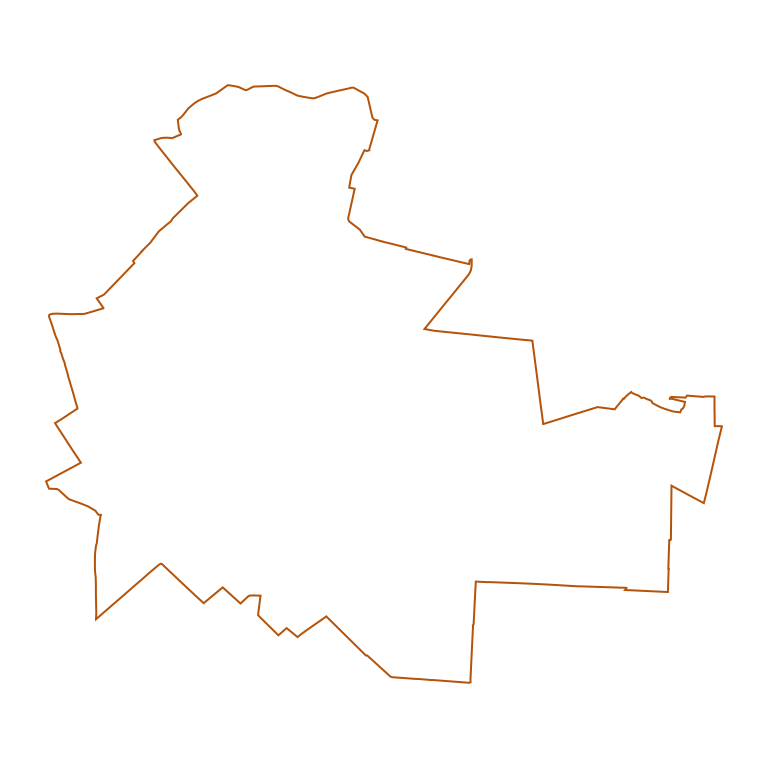 outline of Ciocarlia, Constanta, Romania
{"feature_id": "2599482B33175651559383", "entity_name": "Ciocarlia", "entity_type": "district", "adm_level": 2, "iso_a3": "ROU", "parent_name": "Romania", "parent_adm1": "Constanta", "projection": "robinson", "projection_center": [28.275, 44.143], "detail": "fine", "context": "isolated", "style": "outline", "palette": "amber", "viewbox_px": 768, "rotation_deg": 0, "n_neighbors": 0, "source": "geoboundaries", "source_scale": "gbopen_adm2", "svg_char_len": 5742}
<svg xmlns="http://www.w3.org/2000/svg" viewBox="0 0 768 768"><path d="M577.6,586.3L582.7,586.4L625.4,587.8L626.4,587.9L626.1,588.8L625.6,589.6L625.2,590.0L667.4,592.0L667.9,592.0L668.6,570.3L668.8,569.1L668.6,569.0L668.6,568.8L668.3,568.8L668.4,566.9L669.0,548.0L669.2,541.8L669.2,540.1L670.3,540.1L670.3,539.9L670.5,539.9L670.9,539.5L671.5,485.9L671.5,485.7L689.9,495.7L703.8,503.1L706.1,494.2L710.5,475.4L718.7,439.4L719.0,438.2L721.9,426.5L721.8,426.2L720.1,426.2L718.1,426.1L714.7,426.1L714.6,413.9L714.5,409.5L714.5,396.5L707.9,396.4L704.9,396.5L703.5,396.9L689.3,395.8L687.2,395.5L685.6,397.6L685.1,397.6L684.9,397.6L683.9,397.5L680.4,397.3L674.5,397.1L671.7,396.9L671.1,397.0L670.2,397.7L669.9,398.3L669.8,398.7L669.8,398.9L671.5,398.7L682.7,401.4L685.0,401.9L684.3,405.8L683.6,407.3L682.6,408.8L681.8,409.2L681.4,409.4L680.2,412.3L673.1,411.5L665.2,409.0L660.6,407.3L657.1,405.6L652.5,403.1L652.1,402.3L651.8,401.6L651.3,401.0L650.6,400.4L649.0,399.8L647.4,399.3L645.6,398.5L644.4,397.8L643.5,397.6L642.5,397.8L641.7,398.0L641.3,397.9L639.8,396.5L638.9,395.9L638.2,395.4L636.9,395.0L635.1,394.3L634.2,393.8L632.2,393.1L631.3,392.0L630.7,392.4L630.1,392.9L629.8,393.1L629.5,393.3L629.2,393.6L628.9,393.8L628.6,394.1L628.3,394.3L627.7,394.9L627.4,395.1L627.1,395.3L626.8,395.6L626.5,395.9L626.3,396.2L626.0,396.5L625.7,396.7L625.4,397.0L624.9,397.6L624.4,398.2L624.3,398.3L624.2,398.5L623.9,398.8L623.7,398.9L623.2,398.6L622.4,399.8L621.1,401.4L619.5,403.3L618.0,405.1L616.9,406.5L614.7,409.3L597.5,407.1L595.3,407.8L585.0,411.0L569.5,415.8L557.3,419.7L543.8,423.9L543.2,424.0L541.5,410.8L541.4,410.7L539.3,394.2L537.2,377.9L535.1,361.7L532.9,345.0L532.4,340.7L532.0,340.6L519.0,339.4L496.8,337.2L462.1,333.6L434.3,330.8L424.5,329.0L445.8,302.7L452.3,294.8L468.5,274.8L470.1,272.1L470.9,270.1L471.3,268.0L471.6,266.2L471.7,263.9L471.7,261.3L471.7,260.9L471.7,259.4L470.6,259.5L469.4,261.1L469.4,263.7L469.2,264.1L439.9,257.2L405.8,248.9L406.2,247.5L386.2,242.5L385.5,242.4L364.6,236.6L359.8,229.6L349.0,221.3L348.1,218.6L354.7,188.8L349.2,187.6L351.3,175.6L351.9,174.2L358.4,162.9L362.6,154.0L362.8,153.6L363.2,152.8L363.3,152.6L364.4,150.2L364.8,150.3L365.9,150.7L366.6,151.0L367.1,150.9L367.8,150.7L368.4,150.5L369.3,150.3L369.2,149.9L369.2,149.5L373.7,133.8L374.2,132.1L374.4,131.5L377.6,120.4L376.4,120.2L375.4,120.0L374.6,119.8L373.4,118.8L372.7,118.0L372.4,117.3L372.1,116.0L370.8,110.7L368.8,101.8L368.2,99.4L367.7,97.1L367.3,96.6L366.8,96.1L365.7,94.8L363.8,93.2L361.2,91.9L357.3,89.7L353.8,87.8L352.5,87.6L351.2,87.7L348.4,88.5L344.8,89.3L336.6,91.1L327.6,93.2L326.6,93.5L317.1,97.3L315.1,98.0L313.7,98.3L312.4,98.3L311.1,98.1L310.3,98.0L303.7,96.9L297.8,95.7L296.8,95.3L294.5,94.2L291.7,92.8L288.8,91.5L285.6,90.2L278.1,86.4L277.1,86.1L276.2,85.9L274.4,85.9L272.1,85.9L269.3,86.0L266.4,86.1L260.0,86.4L258.4,86.4L255.2,86.5L254.0,86.6L253.2,86.8L251.8,87.4L249.0,88.9L247.5,89.7L246.6,90.0L245.6,90.1L245.0,89.9L244.0,89.5L239.7,87.5L238.1,86.9L233.1,85.9L229.7,85.4L227.7,85.2L218.1,92.0L216.2,93.4L206.8,97.1L205.4,97.6L203.7,98.3L202.3,98.8L197.8,101.0L197.3,101.4L194.9,102.9L191.1,106.0L188.8,108.0L187.8,109.0L185.3,112.3L182.0,116.3L180.8,117.5L178.9,118.9L178.6,119.2L177.8,119.8L178.8,128.0L179.4,130.9L179.9,131.3L181.0,134.1L180.9,134.5L175.7,136.6L173.3,137.7L172.2,138.1L171.1,138.1L169.0,137.8L165.2,137.7L161.5,138.0L157.7,139.1L156.5,139.6L154.4,140.1L154.7,141.7L159.0,147.4L166.1,156.3L175.5,168.2L184.7,179.5L189.4,185.4L195.2,192.6L197.3,195.8L196.5,196.4L188.0,203.3L172.9,218.2L170.8,221.4L167.2,224.3L159.0,231.2L158.4,231.9L157.7,232.8L150.2,242.8L141.9,251.1L142.1,251.2L133.0,261.0L134.4,263.1L104.0,294.6L96.7,298.3L103.5,308.1L103.4,308.3L84.4,313.9L71.4,314.2L61.2,313.8L57.1,313.6L54.2,313.7L51.7,313.9L49.7,314.6L49.1,315.2L49.1,316.4L49.2,317.2L50.3,320.2L51.0,322.0L51.8,324.4L53.3,329.1L54.7,333.4L56.1,337.5L57.1,339.3L58.6,344.0L59.5,347.0L60.5,350.0L60.1,351.0L61.4,353.6L61.7,354.6L62.9,358.5L64.4,362.2L65.4,366.4L66.4,369.6L67.5,373.3L68.1,376.3L69.3,380.1L73.3,393.5L75.0,399.8L76.3,404.2L77.4,408.0L77.3,408.9L76.3,409.4L76.2,409.4L61.6,419.1L58.8,420.8L55.0,423.1L72.2,449.6L72.3,449.8L80.9,462.7L46.1,481.4L47.9,486.0L49.1,488.7L56.8,489.0L57.8,489.4L59.0,490.2L68.2,498.6L68.3,498.6L69.5,499.4L81.3,503.7L88.1,506.4L95.0,510.5L95.6,511.0L96.9,512.8L98.3,514.6L99.0,514.8L100.9,514.9L100.6,516.0L100.2,517.8L98.9,525.7L97.8,534.5L97.6,535.7L97.1,540.5L96.7,543.8L96.5,544.2L96.5,544.4L96.1,545.1L95.8,547.3L95.1,553.0L95.0,555.8L94.9,562.3L94.9,564.0L95.0,570.5L95.2,572.9L95.7,577.3L95.8,579.8L95.8,581.7L95.8,581.8L95.9,584.1L95.9,586.7L95.9,588.8L95.9,594.3L96.3,613.2L96.0,618.9L96.0,619.2L113.3,604.2L116.2,601.7L116.9,601.1L119.8,598.6L122.7,596.1L127.5,591.9L135.7,584.7L137.0,583.6L141.5,579.8L148.3,573.7L158.5,565.1L160.1,564.0L161.0,563.7L162.0,564.1L177.2,578.5L177.3,578.6L195.3,595.5L203.7,603.2L204.0,602.9L222.7,587.4L240.4,603.4L240.5,603.5L245.5,598.9L248.4,596.2L249.6,595.6L252.5,595.4L260.5,595.7L258.1,614.6L258.2,615.3L258.6,615.7L260.2,617.4L260.3,617.5L277.9,634.8L278.4,635.3L286.6,628.1L297.6,637.1L299.0,635.9L301.1,634.2L303.5,632.5L305.4,631.1L307.2,629.8L313.5,625.4L317.7,622.5L325.0,617.4L326.3,616.4L326.8,616.9L365.9,655.5L367.1,655.4L371.2,659.1L387.4,673.8L389.3,675.5L390.1,676.4L391.7,677.1L393.1,677.3L397.6,677.6L401.6,677.9L405.8,678.2L414.1,678.8L417.7,679.0L418.8,679.0L431.9,680.1L432.4,680.0L432.6,680.0L451.0,681.4L469.3,682.8L469.4,682.7L470.4,682.3L470.6,682.2L470.5,681.9L470.5,678.7L473.0,626.1L472.8,625.3L473.6,624.5L474.4,608.9L474.5,605.7L474.8,600.7L475.7,583.7L475.8,581.6L486.0,582.1L489.4,582.1L518.7,583.2L533.0,583.8L548.8,584.6L577.4,586.3L577.5,586.3L577.6,586.3Z" fill="none" stroke="#b45309" stroke-width="2"/></svg>